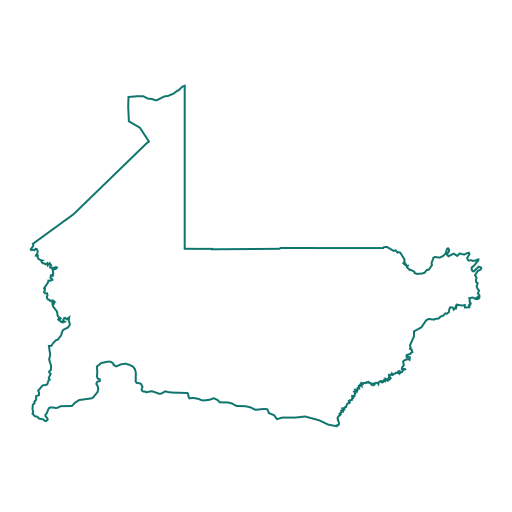 the district of Mbire, Mashonaland Central, Zimbabwe
{"feature_id": "62879985B94368680034661", "entity_name": "Mbire", "entity_type": "district", "adm_level": 2, "iso_a3": "ZWE", "parent_name": "Zimbabwe", "parent_adm1": "Mashonaland Central", "projection": "albers", "projection_center": [30.66, -16.018], "detail": "fine", "context": "isolated", "style": "outline", "palette": "teal", "viewbox_px": 512, "rotation_deg": 0, "n_neighbors": 0, "source": "geoboundaries", "source_scale": "gbopen_adm2", "svg_char_len": 5958}
<svg xmlns="http://www.w3.org/2000/svg" viewBox="0 0 512 512"><path d="M459.6,253.5L457.2,255.9L453.7,253.6L448.4,256.3L447.1,254.6L447.7,253.0L448.9,251.7L449.0,249.6L448.3,248.4L447.7,248.4L447.0,249.0L445.6,253.6L443.0,256.1L439.7,257.6L434.8,257.0L433.4,257.8L431.5,263.3L432.0,265.1L428.7,269.8L426.9,269.8L424.5,272.8L421.6,273.6L417.0,273.9L414.7,273.1L414.7,272.3L413.4,271.1L410.5,269.8L409.9,270.1L407.0,267.3L407.6,266.0L406.9,266.2L406.1,264.4L404.8,263.9L404.8,264.5L403.4,263.2L404.7,262.3L404.2,261.6L404.6,259.7L400.3,252.7L398.4,252.1L397.5,252.6L395.6,250.3L393.6,250.9L386.9,246.9L383.9,247.2L383.0,248.1L280.6,248.0L279.4,248.8L212.0,249.3L212.1,248.9L184.7,248.8L184.7,85.8L182.3,86.7L178.5,90.4L177.3,90.7L173.6,93.6L167.9,96.0L164.4,96.4L156.9,100.2L155.2,100.2L152.1,99.0L147.9,98.6L143.4,96.3L137.3,96.2L128.5,97.0L128.2,106.7L128.9,121.3L139.9,127.7L148.9,141.5L148.7,142.0L147.3,142.6L73.7,214.1L32.9,243.8L33.3,244.5L33.1,246.2L30.7,249.3L31.2,250.1L33.3,249.8L34.4,250.2L35.5,248.8L36.8,249.1L37.7,251.2L37.2,254.2L36.2,254.8L35.9,255.7L37.8,255.7L37.7,257.5L38.4,258.8L40.6,260.2L42.2,260.5L41.5,260.9L41.4,261.5L42.6,263.2L44.4,263.4L45.6,264.4L47.3,263.2L47.8,265.3L49.7,263.2L51.2,265.5L50.1,266.5L50.2,267.6L52.2,268.1L56.0,267.2L56.9,267.5L56.0,268.8L52.6,269.8L53.3,273.6L52.8,274.4L53.0,275.7L52.5,275.9L51.7,275.1L50.9,275.3L50.5,277.3L50.7,278.3L51.9,278.7L52.4,279.8L50.4,280.8L48.4,280.6L47.9,282.7L44.2,288.0L44.1,288.5L45.0,288.9L44.8,290.5L44.0,292.0L45.3,293.4L47.1,293.4L47.5,295.3L46.7,297.2L47.7,299.3L49.4,299.9L50.1,300.9L52.9,300.4L54.6,301.9L52.3,302.6L52.5,303.1L53.5,302.9L54.0,303.4L53.9,303.9L52.6,304.1L52.5,304.6L53.6,307.2L56.9,311.4L57.8,316.2L60.7,318.5L60.2,319.0L58.6,318.8L58.2,319.3L58.7,320.0L61.4,322.0L63.1,322.4L64.7,321.7L63.0,320.6L64.3,318.0L65.4,318.0L66.7,319.3L69.2,317.4L68.7,320.2L69.9,324.3L69.1,326.1L67.4,327.9L64.1,329.3L62.5,330.8L61.1,335.3L57.9,339.6L56.2,340.1L53.6,342.5L51.2,345.9L48.9,346.0L50.2,354.9L49.1,359.6L51.1,365.8L51.0,369.7L49.1,371.6L49.2,372.4L50.7,373.9L48.7,378.0L49.7,379.7L48.6,380.3L47.3,384.2L46.4,384.8L42.5,385.5L38.2,390.7L39.1,392.9L38.9,395.1L36.1,396.2L36.1,399.8L34.4,401.5L34.6,403.1L32.8,404.7L32.5,409.1L33.2,412.0L32.5,413.7L35.0,416.3L37.2,416.7L39.1,418.6L43.1,419.3L45.1,421.0L46.4,420.9L47.6,419.8L47.6,418.8L45.4,415.9L45.5,414.7L46.7,413.4L48.6,408.7L49.6,407.6L53.3,407.5L55.6,408.0L57.5,407.8L60.6,406.2L71.3,406.0L72.2,405.7L75.0,402.7L79.3,400.0L91.3,398.4L93.1,397.5L97.5,392.1L98.3,389.0L97.6,385.9L96.5,384.3L96.4,383.3L97.4,381.7L99.8,381.1L99.9,380.7L99.8,379.3L97.8,378.6L96.9,376.4L97.3,372.1L96.9,366.5L101.3,363.0L108.3,361.6L110.8,361.8L112.1,362.6L113.9,364.6L113.8,365.1L116.2,366.4L121.1,364.3L125.4,363.7L129.4,364.8L132.9,366.6L134.8,368.9L135.8,372.4L135.7,381.5L136.7,382.9L140.2,383.4L141.1,384.1L142.5,386.8L141.6,389.5L142.2,390.9L143.6,391.6L145.2,391.6L146.3,392.3L150.9,391.3L152.6,391.4L159.3,393.8L161.3,393.6L165.3,391.3L168.5,392.2L172.9,392.6L187.4,393.0L188.0,393.7L188.8,397.7L189.4,398.4L193.2,397.9L198.5,398.9L201.8,400.3L204.5,400.4L210.0,399.7L213.8,398.2L217.7,400.1L219.7,402.3L228.3,402.5L231.9,403.5L236.6,406.0L245.4,406.2L250.6,407.4L255.4,409.8L264.6,408.9L266.8,409.2L267.4,409.4L268.9,413.1L274.1,415.2L277.0,419.2L282.1,417.6L295.1,417.6L305.1,416.5L319.2,420.3L328.2,424.6L336.6,426.2L336.7,425.3L338.2,425.3L339.0,424.1L338.8,421.9L337.9,420.5L338.1,419.7L337.5,418.3L338.4,416.3L340.0,415.3L339.6,414.1L340.7,414.0L340.4,412.7L342.1,411.8L341.3,410.7L342.3,410.2L343.1,410.9L343.2,410.0L342.3,408.4L343.3,408.2L344.3,409.2L345.0,407.2L346.0,407.0L347.1,404.0L348.2,403.2L349.3,403.1L348.9,401.3L349.8,401.5L349.8,400.3L352.1,399.8L352.2,397.6L353.2,397.9L353.3,397.5L352.5,396.0L354.5,396.1L354.6,394.6L355.3,393.7L354.1,391.6L356.3,391.3L356.8,391.8L357.6,389.7L355.8,390.7L355.2,389.7L357.1,389.8L357.5,388.7L359.2,388.5L359.2,387.5L358.4,387.3L359.3,386.5L358.9,385.8L360.0,385.1L361.1,385.8L360.4,384.3L361.3,382.9L362.1,383.5L362.1,384.6L362.7,384.5L363.4,383.0L365.3,383.1L366.7,382.1L367.2,382.7L368.6,381.9L369.3,383.0L370.2,382.9L371.5,384.6L372.0,383.7L374.1,383.5L373.6,385.1L374.1,385.0L375.5,382.9L377.7,382.9L378.4,384.0L378.6,382.6L379.6,381.4L381.3,381.1L381.2,382.0L381.7,382.4L383.0,382.2L383.5,380.8L385.1,381.3L385.2,380.4L384.4,380.1L384.5,379.4L386.7,380.3L386.3,379.3L387.6,380.1L387.6,379.1L388.7,378.5L389.3,379.7L389.7,379.6L389.9,378.6L388.2,377.1L390.2,377.6L388.9,375.5L389.0,374.8L391.2,374.8L391.8,373.6L392.8,375.7L392.8,374.3L394.8,373.7L395.9,372.7L398.0,373.1L398.1,371.5L399.0,371.1L399.3,371.7L400.0,371.7L399.7,373.0L399.8,373.4L400.6,372.4L402.1,371.9L403.1,369.9L405.1,369.4L404.9,369.0L401.9,369.0L402.0,367.7L403.8,365.2L403.1,361.5L404.3,360.4L407.2,359.3L408.2,359.1L409.5,359.8L409.9,357.4L408.0,356.5L406.7,357.2L406.5,355.5L407.4,354.7L410.5,353.8L410.9,352.8L412.4,352.1L411.5,349.4L410.2,349.2L409.9,348.6L410.6,347.4L410.0,345.3L414.0,336.3L414.0,331.4L421.4,327.3L426.1,320.4L428.4,319.0L434.1,319.6L435.4,318.9L438.7,318.5L440.3,316.8L443.5,315.5L445.4,313.4L446.9,313.7L449.0,312.0L449.2,309.5L450.1,307.4L452.5,307.5L453.3,308.0L453.8,309.5L454.7,308.4L455.9,308.6L456.5,306.4L455.8,306.5L455.8,306.1L456.7,304.6L462.2,305.6L464.7,305.0L465.0,307.5L469.3,307.3L468.9,305.4L469.5,305.3L469.8,303.9L470.4,304.3L470.7,303.3L469.5,301.4L469.8,299.8L469.3,298.2L472.7,297.5L475.6,299.0L476.1,299.0L476.2,298.3L477.6,299.1L478.7,298.5L477.5,297.2L477.9,296.6L479.4,296.9L479.4,295.2L477.9,293.4L479.0,290.5L477.5,288.7L476.6,286.3L477.7,283.2L476.1,282.0L475.9,279.9L476.6,277.7L475.0,275.1L477.7,271.1L480.9,269.3L481.3,268.3L480.5,267.2L478.7,266.7L473.8,271.4L472.7,271.2L471.6,269.5L471.8,267.4L474.0,265.7L478.3,260.4L478.4,259.5L476.8,259.8L475.7,260.6L473.1,260.9L470.8,260.2L468.9,260.6L468.0,260.0L467.1,258.1L469.4,254.2L469.0,252.8L467.5,253.0L464.2,254.6L459.6,253.5Z" fill="none" stroke="#0f766e" stroke-width="2"/></svg>